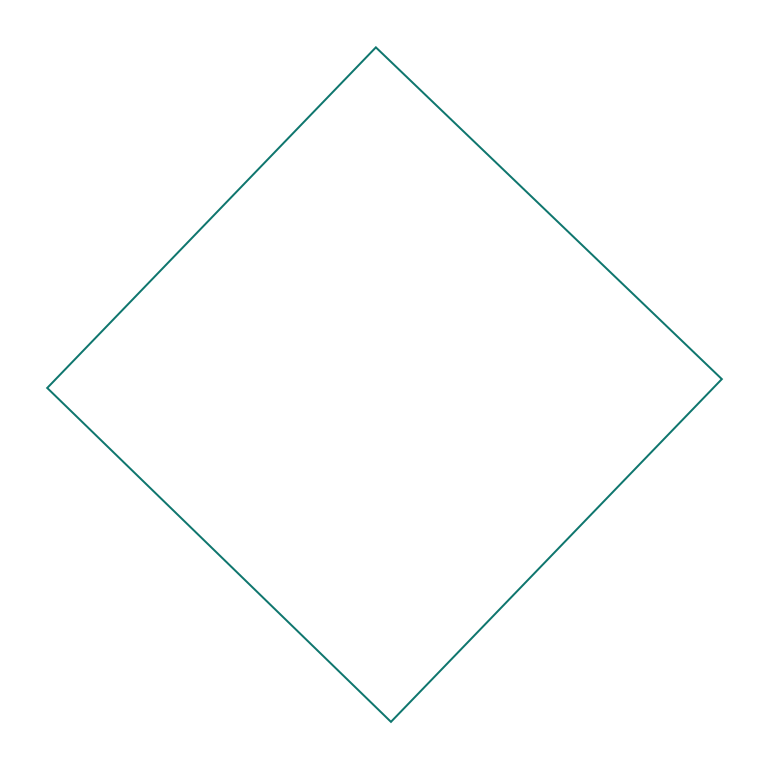 Clay, Nebraska, United States of America, rotated 314°
{"feature_id": "52423323B24655364564694", "entity_name": "Clay", "entity_type": "district", "adm_level": 2, "iso_a3": "USA", "parent_name": "United States of America", "parent_adm1": "Nebraska", "projection": "albers", "projection_center": [-98.019, 40.524], "detail": "fine", "context": "isolated", "style": "outline", "palette": "teal", "viewbox_px": 768, "rotation_deg": 314, "n_neighbors": 0, "source": "geoboundaries", "source_scale": "gbopen_adm2", "svg_char_len": 250}
<svg xmlns="http://www.w3.org/2000/svg" viewBox="0 0 768 768"><g transform="rotate(314 384 384)"><path d="M619.5,144.3L147.2,144.5L145.8,623.7L150.5,623.7L622.2,623.6L620.5,144.3L619.5,144.3Z" fill="none" stroke="#0f766e" stroke-width="2"/></g></svg>